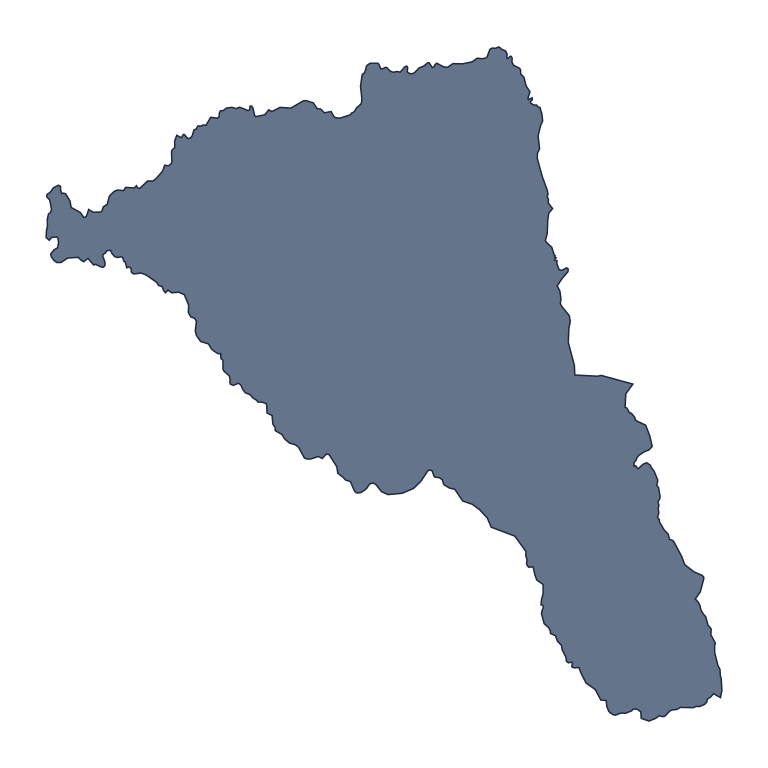 the district of Macara, Loja, Ecuador
{"feature_id": "8360857B58604759333218", "entity_name": "Macara", "entity_type": "district", "adm_level": 2, "iso_a3": "ECU", "parent_name": "Ecuador", "parent_adm1": "Loja", "projection": "equal_earth", "projection_center": [-79.942, -4.349], "detail": "fine", "context": "isolated", "style": "filled", "palette": "slate", "viewbox_px": 768, "rotation_deg": 0, "n_neighbors": 0, "source": "geoboundaries", "source_scale": "gbopen_adm2", "svg_char_len": 6021}
<svg xmlns="http://www.w3.org/2000/svg" viewBox="0 0 768 768"><path d="M65.8,194.0L63.8,193.1L61.7,193.5L60.7,190.5L60.5,186.3L58.5,185.2L53.4,187.8L50.1,192.4L47.0,194.4L46.8,195.7L46.8,196.9L49.7,200.0L51.5,209.2L50.6,212.4L48.5,214.0L47.3,219.0L47.4,226.5L46.5,229.9L46.1,237.5L49.3,240.3L51.8,237.3L56.9,237.0L57.9,238.4L58.6,242.3L57.7,247.6L54.0,249.9L50.6,254.1L51.5,257.1L54.0,260.5L56.7,262.5L61.1,262.5L67.7,258.0L78.4,257.4L80.8,260.0L83.8,261.7L88.0,258.4L93.6,265.0L95.6,264.3L101.4,267.1L103.3,267.2L104.7,266.1L105.1,264.0L104.8,261.5L102.8,256.4L103.0,254.7L105.6,252.8L107.0,250.6L110.6,250.3L111.9,253.5L114.9,256.8L117.7,257.5L120.6,256.8L122.8,257.6L123.7,261.1L125.2,262.0L126.8,267.8L128.9,266.9L131.1,268.5L131.3,271.9L132.0,273.0L134.2,274.0L141.0,273.0L146.1,274.9L156.8,282.5L158.5,285.5L162.1,286.5L163.5,290.4L165.5,292.8L168.1,290.1L171.6,292.8L178.7,292.2L184.3,294.7L188.7,305.3L188.3,312.0L189.0,313.8L190.8,316.9L194.5,318.2L196.4,321.3L195.3,330.9L196.4,335.4L200.6,341.5L208.4,343.9L211.3,348.7L213.3,350.6L218.2,353.8L220.7,353.6L220.9,358.5L222.9,360.2L223.0,369.4L224.3,371.5L229.3,375.9L230.2,380.1L229.8,382.2L230.3,384.1L233.3,385.4L238.4,383.3L239.3,383.7L241.1,385.5L242.8,389.5L245.2,392.7L250.3,394.8L252.5,397.6L256.6,400.3L257.8,402.0L262.2,402.2L266.0,403.5L266.8,405.7L267.0,413.0L272.1,415.5L272.8,424.0L275.1,427.6L275.2,430.6L281.9,434.5L284.9,439.2L289.5,443.1L295.1,444.7L298.4,447.0L304.4,458.0L307.0,459.0L310.8,459.0L318.2,456.5L322.3,458.5L326.3,454.1L329.1,454.6L336.8,466.7L337.8,473.3L343.2,477.3L345.5,480.0L350.4,481.6L354.3,490.6L355.8,492.5L357.3,493.0L360.8,492.6L364.5,490.3L366.7,488.3L369.5,484.1L372.9,483.0L375.7,484.3L381.5,491.6L387.9,494.6L402.2,493.3L413.6,488.4L421.0,481.2L427.9,470.7L429.7,470.0L432.1,470.8L434.1,476.5L435.6,477.4L438.9,477.5L442.3,479.7L443.6,484.1L444.6,485.2L449.8,488.2L454.8,489.3L462.7,501.0L472.3,504.3L479.7,509.8L487.3,518.0L491.2,527.2L514.8,536.1L526.0,551.6L525.7,555.8L527.1,559.7L526.5,563.3L526.9,565.0L528.7,567.2L533.1,566.9L534.9,574.9L536.8,580.1L543.1,584.5L543.1,593.6L541.5,599.6L541.0,604.8L542.8,605.4L543.1,606.3L543.3,607.9L542.0,610.6L541.5,613.8L544.2,623.7L549.0,628.0L550.3,631.1L550.5,633.5L555.4,635.7L557.5,641.3L561.4,645.3L562.3,650.2L565.8,656.9L566.4,661.2L568.4,662.8L571.9,662.2L572.4,663.3L571.7,666.5L572.5,667.3L574.8,667.9L578.8,667.4L581.5,674.2L586.1,683.1L595.2,689.5L600.9,700.1L606.2,700.5L606.7,706.0L608.7,711.3L610.1,712.8L613.6,714.9L615.5,715.2L621.0,713.0L625.5,713.3L631.6,710.9L633.3,709.0L637.2,709.2L640.8,711.9L641.2,718.4L649.0,721.1L655.7,718.3L659.4,715.7L662.5,716.7L664.9,716.2L669.7,711.1L671.9,710.0L676.9,709.4L680.4,707.4L693.3,707.7L696.0,706.4L699.4,706.6L704.6,704.4L706.7,702.2L707.4,699.1L710.6,697.1L713.5,693.7L720.5,697.6L721.9,690.5L721.2,678.4L720.3,675.4L720.0,669.5L717.9,665.4L714.7,652.6L714.6,646.1L715.4,643.2L710.9,634.8L711.2,629.0L708.0,625.0L705.7,616.7L703.1,613.8L700.9,609.8L700.0,605.6L698.2,602.1L695.3,599.0L700.3,591.8L703.8,578.7L703.6,576.9L702.1,575.4L693.9,571.8L684.7,564.6L681.7,556.4L673.9,541.8L672.7,540.4L669.6,539.3L668.2,534.1L664.2,530.0L659.4,521.8L659.4,519.6L657.6,517.7L658.8,512.5L658.2,508.5L658.9,505.4L658.0,501.9L659.9,498.4L660.1,496.6L658.6,487.8L656.6,485.0L657.7,481.5L657.6,479.6L654.0,470.9L651.1,467.3L650.5,465.3L646.7,462.7L643.1,464.1L638.4,468.6L637.5,468.4L635.7,465.8L633.9,466.1L634.1,462.4L636.3,460.0L636.9,457.8L639.0,455.3L644.3,451.7L648.9,450.0L652.2,446.5L649.9,436.2L645.7,425.2L636.1,420.6L635.1,419.1L634.7,417.2L631.3,413.2L629.5,412.7L626.9,408.1L625.1,407.2L625.8,393.8L632.9,384.1L601.2,375.4L597.4,376.2L574.8,375.0L574.4,365.4L568.3,342.4L568.9,328.2L570.3,321.4L569.2,315.5L561.2,305.6L560.3,302.9L561.0,299.4L559.9,291.0L557.2,285.9L562.1,278.5L567.9,271.8L568.3,269.1L566.6,267.8L561.8,270.4L559.1,269.6L556.8,263.4L557.1,260.8L554.5,260.0L556.0,257.8L554.7,257.3L555.3,255.9L554.1,254.7L551.8,247.3L546.7,242.6L545.3,240.4L547.2,234.0L547.8,219.7L548.8,213.1L552.6,208.6L548.3,203.0L548.4,199.3L547.2,196.6L548.0,194.1L547.4,190.6L542.3,176.6L537.3,158.5L537.4,153.4L539.6,148.7L538.1,135.8L540.6,125.6L542.7,120.8L541.8,113.6L539.9,107.4L538.5,107.2L536.5,105.0L533.8,105.0L530.5,103.0L530.6,101.4L532.3,99.8L532.1,97.8L528.4,99.6L528.0,98.1L530.0,91.9L526.1,85.9L523.9,77.1L520.7,73.9L520.6,70.4L519.8,68.4L513.5,65.2L511.9,61.8L512.2,58.2L511.3,56.4L510.1,56.3L508.1,58.5L506.8,58.2L507.1,53.7L505.4,50.8L501.9,49.4L498.9,46.9L495.3,48.3L492.3,48.0L489.9,49.4L487.1,56.8L485.8,58.0L482.7,58.7L477.1,58.2L472.2,61.8L462.6,63.8L453.0,63.6L447.4,67.4L443.3,66.7L436.8,63.2L435.1,64.5L433.8,67.0L432.2,67.5L429.2,62.8L427.9,62.7L423.7,66.1L419.1,67.9L414.4,72.8L411.5,73.9L408.7,73.1L407.2,71.8L407.7,67.5L406.8,66.1L404.7,66.9L400.3,72.1L396.8,71.5L393.0,72.3L389.7,70.7L387.2,67.9L385.6,67.3L382.3,68.9L380.7,68.5L378.9,64.3L377.8,63.2L370.1,63.2L366.6,65.7L364.8,72.4L362.2,74.6L360.5,86.2L361.7,97.0L361.7,101.6L360.9,104.1L356.6,107.8L354.2,111.8L351.5,113.1L350.4,114.8L340.1,118.1L335.3,117.7L333.6,116.1L331.1,111.5L324.4,112.8L320.6,109.0L317.2,108.6L313.2,102.8L305.9,100.6L303.4,100.8L290.9,108.1L279.9,107.4L272.0,111.5L268.8,109.8L264.7,114.8L255.8,116.6L254.7,115.7L252.8,107.5L251.2,105.9L250.0,106.2L249.6,110.0L248.1,110.6L239.7,107.2L235.7,108.6L232.0,107.3L226.5,108.0L223.3,110.5L220.3,110.9L219.3,113.3L219.1,116.7L217.2,118.2L210.7,117.3L206.0,125.3L202.9,125.0L201.7,125.9L197.8,126.0L196.4,128.8L193.9,130.0L192.2,135.8L190.1,138.3L187.6,138.4L184.3,134.4L183.3,134.5L181.3,137.7L176.8,135.3L174.7,140.7L174.7,147.7L172.2,149.9L171.5,151.8L171.9,161.6L171.4,163.5L168.5,165.8L164.7,165.2L162.6,171.1L155.8,178.9L152.7,181.1L147.7,180.9L139.8,188.3L137.8,188.0L136.4,185.7L134.5,187.9L125.5,187.4L123.7,190.6L117.5,190.0L114.1,191.4L109.4,196.1L107.2,204.3L103.3,206.8L101.9,211.0L100.7,212.0L93.0,212.2L88.7,209.4L86.6,215.8L85.2,217.3L83.7,217.2L80.2,212.4L71.1,207.4L70.1,201.2L65.8,194.0Z" fill="#64748b" stroke="#1e293b" stroke-width="1.5"/></svg>